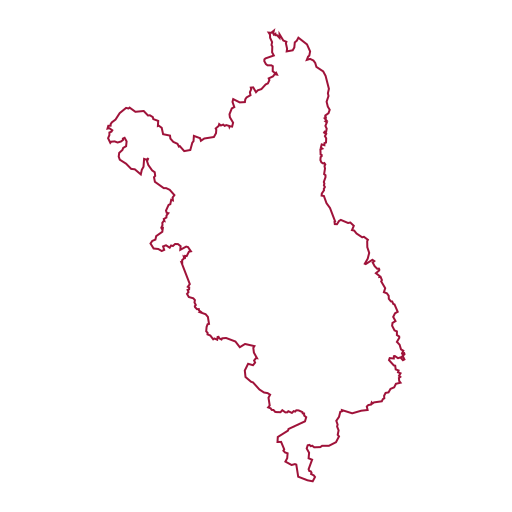 Tzitzio, Michoacán, Mexico (Natural Earth projection)
{"feature_id": "50627088B47865938217160", "entity_name": "Tzitzio", "entity_type": "district", "adm_level": 2, "iso_a3": "MEX", "parent_name": "Mexico", "parent_adm1": "Michoacán", "projection": "natural_earth1", "projection_center": [-100.936, 19.426], "detail": "fine", "context": "isolated", "style": "outline", "palette": "rose", "viewbox_px": 512, "rotation_deg": 0, "n_neighbors": 0, "source": "geoboundaries", "source_scale": "gbopen_adm2", "svg_char_len": 6046}
<svg xmlns="http://www.w3.org/2000/svg" viewBox="0 0 512 512"><path d="M400.5,382.7L399.2,381.0L398.9,378.0L400.3,376.9L399.0,375.8L400.5,373.3L398.0,372.3L398.6,370.5L395.7,369.4L395.2,365.7L393.8,365.4L389.0,360.1L389.7,358.1L393.8,358.5L393.9,356.2L394.8,356.0L398.0,358.2L400.4,357.4L402.9,360.2L404.4,359.4L403.2,356.9L401.9,356.7L404.5,354.2L404.2,353.2L402.4,354.0L402.0,353.4L403.3,350.7L401.0,349.4L399.6,344.7L396.9,341.9L399.3,337.8L399.2,336.5L396.9,335.1L396.9,331.4L394.5,330.4L392.1,325.7L392.5,322.9L395.5,321.1L393.2,316.9L395.0,313.3L397.7,311.8L394.5,304.4L393.3,304.0L392.2,301.5L390.9,301.4L388.8,298.8L388.7,295.8L386.9,293.3L383.9,292.2L385.2,288.2L381.2,281.4L381.9,280.1L380.6,276.9L379.5,277.0L379.8,276.2L375.9,273.2L379.2,270.4L379.3,269.4L378.9,268.6L377.2,268.8L374.6,266.1L372.7,262.5L374.3,261.1L372.4,259.8L365.7,264.1L364.8,263.7L367.7,258.7L369.2,252.9L367.3,247.2L367.2,241.1L367.9,239.8L363.9,236.8L362.2,237.3L356.5,233.5L354.2,230.6L352.0,230.1L353.8,225.8L350.3,222.5L348.1,223.0L340.8,219.9L339.0,221.0L337.0,224.2L334.8,224.1L334.5,221.8L335.1,221.4L330.0,208.0L326.5,203.2L323.9,196.0L321.6,195.6L321.8,193.5L324.0,190.3L323.8,188.9L324.9,187.0L323.9,185.3L324.4,183.6L323.8,182.0L325.5,177.2L325.5,175.2L324.1,174.1L325.0,168.5L324.5,166.1L325.3,164.4L324.3,163.0L323.2,163.5L321.4,162.4L320.4,160.1L320.6,157.1L321.7,156.1L321.7,155.0L320.6,154.5L320.4,149.3L322.3,148.6L320.9,147.4L321.7,144.4L324.4,145.2L324.5,143.1L326.0,142.5L326.2,138.3L324.9,136.1L326.2,133.9L324.1,132.6L324.7,131.6L326.1,131.8L326.7,128.7L325.4,125.9L326.8,122.5L325.5,121.4L326.8,120.9L325.0,118.7L325.7,118.7L325.9,117.3L325.2,117.0L325.3,115.5L328.5,113.2L329.7,109.8L327.8,106.6L326.6,101.7L328.5,96.0L327.9,93.3L328.9,88.8L325.6,75.9L323.2,71.4L316.4,66.9L315.2,62.9L313.4,60.5L310.1,58.9L306.8,59.9L308.1,56.6L309.3,55.6L310.1,51.4L307.0,44.4L298.4,37.7L296.8,40.7L294.8,42.4L294.3,47.5L292.7,50.3L286.7,51.4L287.1,48.8L285.9,43.3L286.4,41.8L283.3,40.5L279.5,34.2L279.5,37.9L277.0,35.2L275.6,35.2L275.4,33.8L273.9,34.7L273.2,33.4L273.8,30.7L271.2,32.8L268.7,32.6L270.0,34.6L270.1,37.8L272.1,42.1L271.5,45.0L272.3,46.5L272.1,52.3L273.8,55.5L265.5,58.4L264.4,59.4L264.3,61.1L265.9,64.1L267.5,65.3L271.3,65.3L272.8,66.2L272.7,71.2L275.3,73.3L276.1,72.7L277.0,74.6L274.7,74.2L273.0,76.4L268.7,78.4L269.4,80.1L267.9,83.4L265.7,84.4L261.4,89.1L257.8,90.3L256.0,92.2L253.2,87.4L250.8,87.6L251.2,89.3L249.9,92.2L250.5,95.2L246.6,97.4L245.3,99.3L244.9,102.1L239.7,102.4L233.2,99.1L232.5,101.9L234.3,107.1L231.8,108.4L229.5,114.2L229.9,117.3L233.1,122.7L232.1,126.6L229.7,126.2L229.4,126.9L229.1,125.9L226.2,125.1L224.7,125.9L223.2,124.6L220.9,125.5L219.2,124.1L218.7,125.9L215.7,128.5L216.3,129.8L216.0,133.2L213.9,137.0L204.3,138.5L200.9,140.8L200.1,138.2L193.9,135.9L193.5,141.2L192.3,142.7L190.3,150.0L184.2,151.1L179.8,146.1L178.9,146.6L177.5,143.8L173.3,141.9L170.4,138.6L170.0,135.6L163.1,134.2L161.7,127.8L158.8,125.7L157.9,126.0L158.2,120.9L153.3,119.1L152.8,117.1L149.9,115.3L148.0,115.5L143.7,111.0L135.4,111.8L129.6,107.6L128.5,108.5L126.1,107.9L119.7,113.1L115.5,119.6L111.9,122.3L110.7,124.0L110.6,125.7L108.3,125.8L107.5,128.6L109.3,128.2L112.3,130.3L111.4,131.7L109.4,132.5L109.4,135.1L108.1,138.2L110.3,142.8L111.2,141.7L114.6,141.4L117.6,142.5L121.0,141.5L123.1,139.9L122.9,138.6L124.6,137.8L126.6,141.4L126.1,146.2L123.2,147.9L122.4,150.0L119.2,152.9L118.7,156.6L119.8,159.7L126.1,163.7L131.2,168.9L134.8,169.3L140.8,174.4L141.8,169.8L143.5,166.8L144.1,158.9L146.4,159.7L148.4,158.2L147.0,161.1L148.3,165.0L152.1,170.4L154.7,172.2L155.2,175.9L154.0,177.2L154.9,181.8L163.7,188.1L166.1,188.1L169.7,189.8L174.4,195.1L172.6,197.5L172.9,200.4L171.2,199.8L170.3,204.2L168.6,204.9L166.0,210.6L166.7,212.8L168.3,213.2L166.5,215.5L166.4,217.5L163.8,219.0L164.4,221.0L163.8,220.8L162.3,222.9L162.5,225.1L161.3,227.8L161.8,228.7L162.8,228.2L162.3,231.8L156.2,236.1L155.4,239.6L152.3,240.9L150.5,243.5L153.6,248.5L158.3,249.0L161.7,251.0L164.2,249.9L163.1,246.4L166.0,245.3L169.7,247.7L171.1,245.5L172.9,246.0L175.1,244.0L178.0,244.1L180.6,246.2L180.3,249.8L186.2,246.6L188.0,247.1L190.9,251.3L188.9,251.7L186.7,256.1L185.1,255.9L185.0,257.5L183.8,256.7L184.1,258.3L182.1,260.2L182.2,262.5L181.4,262.3L189.8,284.1L187.8,286.8L189.2,287.5L189.1,289.4L187.6,289.9L188.5,292.1L187.0,293.9L188.8,297.0L193.3,298.3L194.9,300.1L194.5,302.5L195.8,305.0L194.8,306.2L195.0,307.1L197.0,309.2L198.8,309.1L199.0,310.5L200.7,311.7L199.9,312.2L205.6,314.2L207.9,316.9L209.0,323.9L207.6,324.2L206.6,326.9L206.2,331.3L207.6,332.8L207.5,334.4L210.3,335.5L213.2,339.3L214.4,338.5L217.2,339.7L217.6,337.0L218.5,336.8L219.4,338.4L221.5,339.5L222.2,338.3L226.1,338.0L235.4,341.5L239.8,347.2L245.0,344.0L254.4,346.1L253.3,347.9L253.9,352.6L257.0,358.2L256.0,358.1L254.1,360.5L255.1,362.6L253.0,365.2L248.1,363.8L244.8,370.5L245.5,377.0L251.1,381.8L253.0,382.4L259.4,389.5L264.0,392.5L267.6,393.1L270.1,394.7L268.5,397.7L269.7,405.5L268.2,407.4L270.6,408.3L271.7,409.9L273.5,410.0L275.2,411.9L276.7,412.1L280.5,412.2L282.3,410.2L285.4,412.4L287.4,412.3L288.3,411.2L291.9,412.9L293.7,411.1L295.1,411.6L296.3,410.3L298.6,410.4L302.4,412.1L302.7,413.4L304.1,413.5L304.2,415.6L306.2,417.2L305.0,421.3L288.5,429.0L288.0,430.6L277.8,437.0L277.5,442.0L281.1,441.9L284.2,449.3L283.4,450.7L285.1,452.5L287.6,453.3L287.2,458.2L285.4,461.6L291.6,465.0L294.9,464.1L296.3,464.6L298.2,476.7L307.5,480.3L312.7,481.3L315.0,477.0L313.8,475.4L311.1,474.0L311.5,472.6L310.7,471.3L309.3,471.0L308.6,469.2L312.1,459.7L308.6,458.3L309.1,452.8L306.7,448.5L307.7,445.3L309.5,444.9L310.8,446.2L312.2,445.7L314.2,447.3L320.3,447.1L322.1,445.8L328.9,445.8L336.0,442.2L339.0,436.4L337.7,434.8L338.6,430.4L337.1,426.5L337.6,424.6L336.3,420.8L339.0,416.9L340.3,411.8L342.2,411.2L342.0,410.1L352.2,413.3L361.3,410.7L367.6,410.0L366.8,406.5L368.4,405.0L371.0,404.6L371.7,402.5L372.5,403.5L374.0,402.4L381.8,401.3L382.8,399.2L384.3,398.3L384.1,395.8L385.6,392.9L388.5,392.4L390.5,388.9L394.2,387.3L395.9,383.8L400.5,382.7Z" fill="none" stroke="#9f1239" stroke-width="2"/></svg>